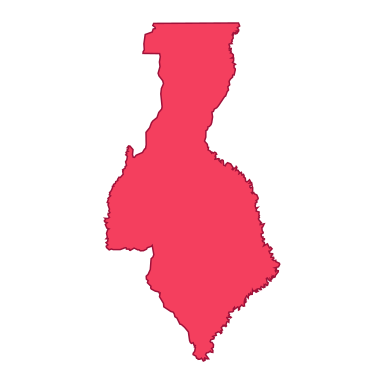 outline of Cristalina, Goiás, Brazil
{"feature_id": "56859067B10276858229585", "entity_name": "Cristalina", "entity_type": "district", "adm_level": 2, "iso_a3": "BRA", "parent_name": "Brazil", "parent_adm1": "Goiás", "projection": "robinson", "projection_center": [-47.497, -16.702], "detail": "fine", "context": "isolated", "style": "filled", "palette": "rose", "viewbox_px": 384, "rotation_deg": 0, "n_neighbors": 0, "source": "geoboundaries", "source_scale": "gbopen_adm2", "svg_char_len": 6059}
<svg xmlns="http://www.w3.org/2000/svg" viewBox="0 0 384 384"><path d="M238.5,23.0L153.7,23.4L152.8,25.5L155.1,27.3L155.3,28.5L153.2,29.0L152.2,32.0L145.2,34.5L143.9,43.8L144.3,49.8L143.1,51.8L143.0,53.4L159.6,53.6L160.3,56.7L159.4,62.0L160.0,66.6L158.1,73.3L159.0,75.9L162.7,80.7L163.5,83.7L161.4,88.5L160.8,93.9L162.1,106.7L161.7,109.0L158.8,112.4L157.0,117.6L152.9,120.9L151.5,122.8L149.7,127.7L146.0,132.3L146.2,144.8L145.5,148.6L144.6,149.0L142.5,152.5L136.2,155.2L134.5,157.4L133.2,157.2L132.5,154.7L133.0,149.6L130.0,146.1L128.6,145.9L127.5,147.4L128.6,147.2L128.3,148.7L127.2,149.7L127.2,150.7L128.1,151.3L126.4,152.0L126.0,152.7L126.9,153.9L125.8,154.8L127.4,156.3L126.8,159.8L125.6,161.8L126.5,165.6L125.1,166.6L125.2,168.1L122.7,169.8L123.3,170.7L122.7,171.1L123.2,174.2L120.3,177.5L119.0,177.2L117.6,179.4L117.8,180.5L115.7,181.7L115.4,183.4L113.8,184.2L113.3,185.1L113.8,186.1L112.4,186.4L112.5,187.8L111.2,190.8L109.6,192.6L110.0,193.1L109.3,194.8L110.6,195.8L108.0,198.4L108.5,199.0L107.2,202.5L108.7,203.1L108.0,204.9L109.5,209.1L108.8,210.9L109.9,212.5L109.4,213.3L108.2,213.4L108.0,214.8L109.5,217.3L107.8,218.5L105.1,218.3L105.8,218.9L104.3,220.9L105.1,222.1L107.2,222.7L105.3,224.5L106.9,228.1L108.9,228.9L107.9,229.4L106.5,233.3L107.4,237.4L106.2,238.7L108.1,238.7L107.6,241.5L106.0,242.6L107.9,244.9L106.2,246.2L106.6,247.6L109.2,249.9L111.3,249.0L113.3,249.6L120.2,249.6L125.2,247.7L126.2,247.9L126.4,249.1L129.5,249.2L129.6,250.2L130.2,250.4L134.1,248.1L137.9,249.9L139.0,249.7L140.3,250.8L143.4,250.7L146.5,249.2L147.3,247.7L151.4,246.3L152.2,245.4L153.8,254.6L153.0,256.9L151.1,258.8L150.3,269.5L148.1,274.4L146.2,276.2L146.4,279.1L148.1,280.6L147.4,282.7L150.9,286.2L150.7,288.0L151.3,289.0L155.2,291.1L158.7,291.9L159.4,293.3L160.1,293.1L159.5,296.7L163.5,303.3L163.8,306.8L170.9,311.5L173.1,312.1L174.2,313.7L174.9,316.7L177.0,318.1L179.9,324.1L181.4,324.5L184.6,327.3L188.4,331.9L189.6,340.6L190.4,342.5L191.4,343.4L193.1,342.7L194.1,345.3L195.2,345.5L194.4,346.9L195.4,347.4L194.7,351.3L193.2,353.3L193.1,354.6L195.9,356.1L196.6,358.2L197.7,358.4L198.1,359.3L200.0,359.2L201.5,358.2L203.3,361.0L205.0,360.3L205.1,359.6L204.2,358.9L204.7,357.9L207.1,358.9L208.6,358.8L205.6,354.6L206.5,352.9L208.4,352.5L210.3,351.1L211.0,352.1L212.8,352.4L212.9,350.5L211.6,348.4L213.3,347.4L213.5,344.6L211.9,342.3L210.8,342.4L210.1,341.6L210.8,339.7L213.8,338.9L214.2,337.6L212.8,336.4L216.3,335.3L215.5,333.3L218.2,331.8L220.3,332.5L220.7,333.5L221.5,333.1L221.9,332.1L220.9,330.8L222.4,330.1L221.3,327.7L222.7,326.0L223.7,326.1L223.4,325.3L224.8,325.3L225.9,326.5L226.5,325.9L226.0,324.8L226.7,322.1L227.8,321.4L228.8,322.2L229.0,319.6L227.9,319.4L226.5,317.1L227.5,317.7L229.1,317.2L230.6,317.9L231.2,317.3L228.6,315.8L229.5,314.7L228.6,313.2L229.0,312.1L232.5,311.8L233.4,311.1L233.3,308.8L234.4,307.4L234.7,309.1L237.8,306.9L238.5,307.4L238.6,310.0L239.5,309.5L239.6,307.1L241.7,305.0L243.3,306.2L244.5,306.0L244.2,302.8L244.8,300.4L245.9,300.6L246.0,299.2L244.9,299.0L246.6,296.0L248.2,298.0L248.7,294.2L249.6,294.9L250.5,293.1L251.0,294.4L252.2,294.3L252.5,290.1L253.1,291.4L254.0,290.6L256.1,292.2L257.7,291.4L255.5,290.6L256.3,289.5L257.6,289.8L257.5,288.9L259.3,288.7L260.1,289.7L261.3,289.5L260.7,287.9L261.2,286.5L263.4,287.7L265.0,287.0L264.9,286.2L264.0,286.4L264.2,284.5L265.2,285.0L265.8,284.2L266.9,285.5L267.6,285.1L268.2,282.8L267.2,282.3L266.4,278.5L267.3,278.0L269.4,280.7L270.8,281.0L270.3,279.0L271.2,279.8L271.8,279.0L271.6,276.9L273.3,276.0L273.9,277.4L275.2,276.8L275.2,275.7L278.2,271.9L278.3,270.7L276.5,270.6L276.4,268.2L275.0,267.8L278.5,266.8L279.7,264.3L279.4,263.3L275.8,261.6L275.8,260.3L273.9,260.6L272.4,259.6L273.8,258.3L273.6,257.3L270.9,257.2L271.4,255.4L272.6,254.8L272.6,253.7L270.0,253.5L269.0,251.2L270.1,251.0L272.1,248.8L270.6,247.1L269.5,247.9L267.4,243.8L263.7,245.8L264.5,244.1L264.3,242.4L262.6,241.5L262.4,240.5L264.4,239.7L264.4,238.7L262.7,238.5L263.0,237.0L261.5,236.9L261.1,234.0L263.0,233.2L263.2,232.4L262.1,230.6L261.9,227.4L262.6,227.1L264.2,223.8L260.2,224.6L260.4,223.3L261.3,222.7L258.6,219.5L258.5,218.3L259.4,217.6L258.8,216.4L259.4,215.6L258.8,214.7L259.1,212.0L256.2,211.1L256.4,208.9L257.6,207.6L255.8,208.1L255.1,205.9L255.6,204.0L255.3,203.3L257.0,202.0L256.1,200.5L257.6,199.7L258.2,198.2L256.8,194.9L254.4,193.8L253.8,192.6L252.3,193.6L251.5,192.6L252.6,191.9L252.7,187.7L252.4,186.8L250.8,188.0L249.9,187.1L249.9,185.8L252.1,185.0L251.6,182.7L249.7,183.0L250.7,182.0L249.5,179.8L247.6,181.6L246.7,181.9L245.6,181.1L245.3,178.1L243.7,177.0L244.2,176.1L243.5,174.4L242.0,175.1L241.4,172.4L239.0,173.7L239.5,172.1L238.4,171.3L238.3,170.5L236.7,169.9L235.9,170.3L236.9,167.3L236.2,166.5L235.7,167.8L234.5,168.1L232.9,169.8L232.1,169.2L233.1,167.7L230.7,163.9L227.6,162.7L226.1,164.0L225.3,165.8L223.7,165.1L223.2,160.5L222.2,159.9L220.8,160.4L220.8,162.3L219.3,160.8L218.9,160.0L219.3,159.0L218.6,158.6L215.1,159.2L215.9,157.0L215.2,156.6L215.5,155.0L216.7,154.3L215.8,152.7L214.6,152.2L213.2,153.1L212.0,152.2L211.6,153.0L210.2,151.0L208.1,149.9L208.5,147.4L207.7,147.3L207.3,144.3L204.5,141.1L205.8,137.2L205.9,130.7L207.0,130.1L207.8,128.7L207.9,126.9L209.3,126.5L211.0,124.6L211.7,122.6L212.6,116.9L211.9,112.2L213.4,111.4L214.3,109.0L216.7,107.8L218.4,105.8L224.7,96.4L225.6,96.1L227.1,91.8L228.5,90.0L227.8,86.7L229.7,84.8L229.1,81.4L230.3,79.2L232.6,77.1L232.6,75.5L233.1,74.8L234.1,75.0L235.3,69.7L235.1,68.5L234.1,67.8L234.0,65.3L235.5,64.3L232.5,62.4L233.6,61.0L233.7,58.1L231.6,58.0L233.3,57.0L233.3,54.8L231.3,52.8L230.5,52.8L231.2,51.1L229.7,50.4L231.1,49.4L231.2,48.5L229.2,48.7L229.8,46.7L229.0,44.6L229.3,43.9L232.0,43.6L231.3,42.7L232.3,41.1L231.8,40.2L233.2,38.1L232.9,35.8L233.4,34.9L232.3,34.8L233.3,32.7L234.1,33.5L235.0,32.6L235.7,32.6L235.7,33.8L237.0,33.4L238.1,31.7L236.8,31.1L238.7,30.8L238.7,29.7L237.2,27.8L239.7,26.0L238.5,23.0ZM276.5,270.6L275.7,271.6L275.3,270.8L275.6,269.9L276.5,270.6ZM244.7,301.8L245.2,302.6L245.8,302.1L244.7,301.8ZM272.5,276.5L272.6,277.7L273.0,277.1L272.5,276.5Z" fill="#f43f5e" stroke="#9f1239" stroke-width="1.5"/></svg>